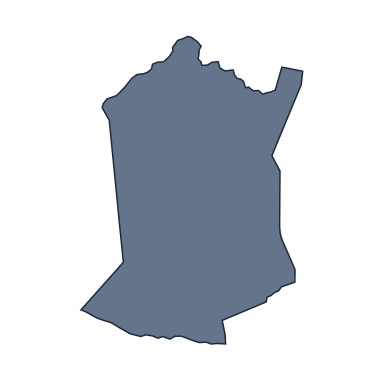 the district of São Fernando, Rio Grande do Norte, Brazil, rotated 353°
{"feature_id": "56859067B56455685528650", "entity_name": "São Fernando", "entity_type": "district", "adm_level": 2, "iso_a3": "BRA", "parent_name": "Brazil", "parent_adm1": "Rio Grande do Norte", "projection": "albers", "projection_center": [-37.147, -6.315], "detail": "fine", "context": "isolated", "style": "filled", "palette": "slate", "viewbox_px": 384, "rotation_deg": 353, "n_neighbors": 0, "source": "geoboundaries", "source_scale": "gbopen_adm2", "svg_char_len": 1306}
<svg xmlns="http://www.w3.org/2000/svg" viewBox="0 0 384 384"><g transform="rotate(353 192 192)"><path d="M316.6,85.6L296.4,79.0L287.1,100.9L282.6,102.3L277.5,102.7L274.4,103.8L270.4,99.4L265.0,98.9L261.0,94.8L257.7,95.0L256.7,88.8L254.4,86.1L250.8,84.8L248.5,81.2L247.8,75.9L239.6,75.9L234.9,72.4L233.8,65.8L227.5,65.7L223.1,67.9L217.1,67.5L216.8,64.1L214.3,60.7L215.5,56.7L216.4,52.0L218.8,48.4L215.7,43.6L210.4,38.5L206.8,37.1L201.8,38.7L196.3,39.8L190.5,46.0L190.3,49.6L186.0,54.8L179.6,59.4L173.9,58.9L168.4,60.4L166.6,65.3L162.0,67.9L158.5,68.7L151.7,68.7L146.3,71.7L138.1,79.7L132.5,84.3L128.8,87.1L118.9,89.3L114.8,93.4L113.1,97.4L118.6,110.7L117.8,144.8L116.6,196.7L116.2,210.2L115.5,245.7L115.3,253.4L67.4,295.5L71.5,297.7L74.4,299.7L79.8,303.8L83.6,306.2L87.8,308.2L95.6,311.7L105.2,319.2L113.2,325.1L123.5,329.2L128.8,328.1L135.4,330.1L140.5,333.0L145.1,331.9L148.7,333.6L152.1,335.3L157.2,333.2L161.0,333.4L164.3,334.0L176.7,340.5L181.2,342.4L187.6,342.7L192.5,345.2L198.4,345.4L206.8,346.9L207.5,337.8L206.3,323.1L252.3,310.1L253.7,305.5L257.5,304.5L261.7,301.8L265.7,300.8L269.2,297.0L275.9,295.7L283.1,293.9L284.8,281.7L281.8,271.3L275.4,249.9L274.5,243.7L274.7,237.2L281.9,181.8L275.7,165.7L310.4,104.3L313.4,99.0L316.6,85.6Z" fill="#64748b" stroke="#1e293b" stroke-width="1.5"/></g></svg>